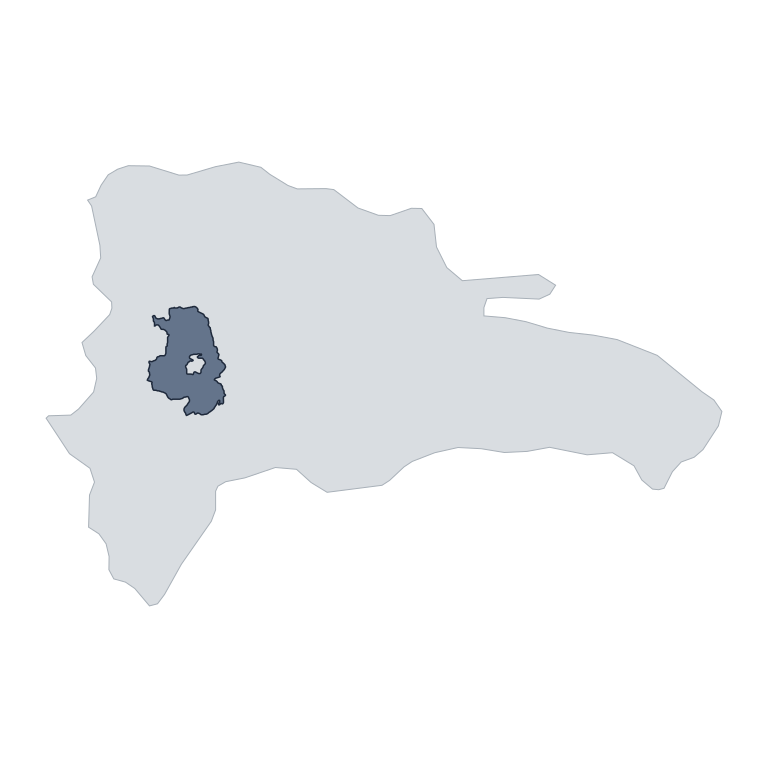 San Juan de la Maguana, San Juan, Dominican Republic (highlighted)
{"feature_id": "3306468B55528819950271", "entity_name": "San Juan de la Maguana", "entity_type": "district", "adm_level": 2, "iso_a3": "DOM", "parent_name": "Dominican Republic", "parent_adm1": "San Juan", "projection": "albers", "projection_center": [-71.221, 18.893], "detail": "fine", "context": "in_parent", "style": "filled", "palette": "slate", "viewbox_px": 768, "rotation_deg": 0, "n_neighbors": 0, "source": "geoboundaries", "source_scale": "gbopen_adm2", "svg_char_len": 7515}
<svg xmlns="http://www.w3.org/2000/svg" viewBox="0 0 768 768"><path d="M88.6,527.2L89.5,495.1L94.5,482.1L90.0,468.3L69.5,453.7L57.1,434.8L46.1,418.2L48.6,415.8L70.8,415.1L78.6,409.0L93.6,392.0L96.7,378.4L95.5,368.0L85.8,355.6L82.0,342.5L94.0,331.2L109.7,314.6L111.9,308.2L111.6,301.9L93.4,284.3L92.1,276.8L100.7,257.9L99.9,245.3L91.6,206.0L87.6,200.1L95.7,196.8L101.1,185.2L108.2,174.8L117.6,169.2L128.3,165.7L149.5,166.0L178.9,175.1L187.2,175.0L215.4,166.7L238.8,162.1L260.9,167.3L269.8,174.3L288.0,185.5L297.2,188.9L325.9,188.6L333.8,189.6L358.0,208.0L378.4,215.3L390.2,215.6L411.3,208.3L421.8,208.5L434.0,224.4L436.5,247.0L446.8,267.6L462.3,280.7L538.5,274.5L555.6,285.2L549.8,294.2L539.1,299.1L502.9,297.4L487.0,298.6L483.9,307.6L483.9,315.9L505.2,317.7L526.0,321.7L547.3,328.1L568.9,332.4L593.2,335.1L617.2,339.6L657.3,355.4L702.0,391.8L713.9,400.0L721.9,411.5L718.4,425.9L703.0,449.6L694.2,457.2L681.2,462.0L672.4,471.7L664.0,488.3L658.7,489.7L652.5,489.1L641.8,480.0L634.0,465.8L612.5,452.7L587.1,454.8L549.6,447.3L527.1,451.4L504.4,452.5L481.2,448.7L458.0,447.5L434.8,452.7L412.3,461.4L404.0,466.9L389.6,480.4L382.0,485.3L327.1,492.3L311.2,482.6L296.5,469.3L275.4,467.5L244.8,477.9L225.7,481.7L217.9,486.2L215.6,491.2L215.6,509.9L211.3,521.3L181.4,564.2L164.5,594.5L157.5,603.8L149.5,605.9L134.8,588.5L125.4,582.1L113.8,578.9L108.9,569.7L109.1,556.5L106.1,543.8L98.9,533.8L88.6,527.2Z" fill="#d9dde1" stroke="#a8b0b8" stroke-width="1"/><path d="M223.4,397.7L223.6,396.9L223.7,396.6L224.0,396.4L224.7,396.1L225.1,395.7L225.3,395.5L225.5,395.1L225.3,394.7L224.4,393.8L224.1,393.3L224.0,390.9L223.8,390.5L223.1,389.6L222.8,388.6L222.5,387.9L222.4,387.4L222.4,386.3L222.3,386.1L222.2,386.0L221.6,385.7L221.4,385.5L221.2,384.5L221.1,384.2L220.3,383.7L219.1,383.4L218.0,382.8L217.6,382.5L217.2,381.7L216.7,381.2L216.3,380.9L214.7,380.1L214.4,379.9L214.4,379.7L214.5,379.3L214.6,379.1L215.3,378.5L215.7,378.2L216.8,377.9L217.6,377.6L218.5,377.4L219.2,377.1L219.8,376.9L220.0,376.8L220.1,376.6L220.1,376.4L219.7,375.7L219.6,375.2L219.7,374.5L219.8,374.1L220.1,373.7L221.0,372.8L222.2,371.9L222.8,371.1L224.3,369.5L225.5,367.2L225.5,366.6L225.2,365.8L225.0,365.1L224.9,364.7L223.4,363.2L222.0,362.0L221.9,361.7L221.7,360.9L221.6,360.6L220.8,360.1L219.7,359.6L218.6,359.3L218.3,359.1L218.1,358.8L218.0,358.4L218.0,358.0L218.4,357.0L218.6,355.7L218.9,355.0L218.9,354.5L218.6,353.9L217.3,352.6L217.0,352.2L217.0,351.7L217.4,350.7L217.4,349.5L217.3,349.0L216.7,347.6L216.3,347.1L216.1,346.8L214.9,346.6L214.4,346.4L213.9,345.9L213.6,345.4L213.6,344.7L213.6,341.8L213.5,341.3L213.1,340.4L213.0,338.1L212.1,336.2L211.8,335.2L211.5,334.4L211.3,333.1L210.9,332.1L210.8,330.4L210.4,329.4L210.2,327.7L209.4,327.1L209.0,326.3L208.4,325.6L208.2,325.2L208.2,324.7L208.6,323.7L208.6,322.1L208.5,321.5L208.2,320.7L208.1,319.1L207.9,318.5L207.5,318.2L205.8,317.4L205.0,316.9L204.4,316.0L204.1,315.2L203.5,314.3L202.6,313.8L198.7,311.9L197.9,311.4L197.8,311.2L197.7,310.9L198.0,309.7L197.5,308.5L196.6,307.6L196.0,307.1L195.0,306.6L194.4,306.5L193.1,306.6L192.6,306.7L192.5,306.9L192.3,307.0L190.8,307.1L189.7,307.5L188.2,307.6L187.0,308.0L185.4,308.2L184.5,308.5L184.0,308.6L183.1,308.6L182.3,308.2L181.5,308.0L180.3,307.1L179.8,307.0L179.1,307.0L177.5,307.9L177.2,308.0L174.7,308.0L174.2,307.5L173.6,308.0L171.6,308.1L170.8,308.4L169.9,308.6L169.5,308.9L169.4,309.1L169.3,309.6L169.2,313.3L169.3,314.2L169.7,315.3L170.1,316.8L169.7,318.3L169.4,319.0L169.2,319.7L169.1,319.9L168.8,320.0L167.4,320.1L166.5,320.5L166.0,320.5L165.5,320.2L164.9,319.6L164.6,319.1L164.0,318.1L163.7,317.9L163.4,317.8L162.7,317.9L161.8,318.3L160.7,318.4L159.6,318.8L158.4,318.9L157.4,318.8L156.3,318.3L155.9,318.0L155.7,317.7L154.9,316.1L154.6,315.7L154.2,315.6L153.7,315.6L153.1,315.9L152.5,316.7L153.3,318.5L153.4,319.1L153.4,320.6L153.5,321.2L153.7,321.5L154.2,322.0L154.4,322.5L154.5,323.2L154.5,326.0L155.0,326.0L155.8,325.2L156.4,324.9L157.7,324.9L158.1,325.0L158.5,325.2L159.2,326.0L159.6,326.6L160.3,327.6L160.7,328.4L161.2,329.2L161.7,329.3L163.6,329.4L165.1,330.2L166.3,331.4L166.9,332.1L167.0,332.6L167.1,333.8L167.2,334.1L167.6,334.3L168.6,334.4L168.9,334.7L169.0,334.9L169.0,335.2L168.6,336.0L167.9,336.9L167.6,337.4L167.6,338.1L167.6,342.4L167.5,342.9L167.2,343.7L167.1,344.1L167.1,344.6L167.3,345.1L167.3,345.4L167.0,346.2L166.2,346.5L166.0,346.9L165.9,347.6L165.9,353.1L165.8,353.6L165.3,354.7L164.9,355.4L164.6,355.6L164.1,355.8L160.9,355.7L160.0,355.8L158.8,356.6L157.7,356.8L157.3,357.0L156.8,357.8L156.6,358.8L156.4,359.2L155.7,359.9L155.1,360.4L153.9,360.7L152.1,361.6L151.0,361.6L149.8,361.2L149.3,361.3L149.0,361.8L149.0,362.6L149.9,364.3L149.9,364.8L149.6,365.7L149.4,367.1L149.1,367.8L148.8,368.8L148.5,369.5L148.4,370.7L148.5,371.3L149.2,371.9L149.4,372.3L149.6,374.0L149.8,374.9L149.5,375.8L149.1,376.6L148.8,377.5L147.9,378.7L147.3,380.1L148.4,380.8L149.4,381.0L150.2,381.4L151.2,381.6L152.0,382.2L152.1,382.6L151.8,383.3L151.7,383.8L151.8,384.2L152.1,385.1L152.3,387.2L152.7,388.2L152.9,389.1L153.5,390.1L154.2,390.2L156.1,390.3L157.4,390.8L159.2,390.9L159.9,391.3L160.9,391.5L161.7,391.9L163.1,392.1L165.3,393.2L165.9,393.6L166.3,394.1L167.7,396.9L168.1,397.5L169.0,398.4L169.8,398.8L170.7,399.5L171.1,399.7L171.8,399.7L172.5,399.3L173.2,399.2L179.9,399.2L180.8,398.8L181.9,398.6L182.9,398.1L183.8,397.3L184.2,397.2L185.9,397.0L186.8,396.6L187.2,396.6L187.7,396.6L188.0,396.8L188.3,397.1L189.4,399.5L189.5,400.4L189.4,401.3L189.3,401.7L188.6,402.5L188.2,403.2L187.5,404.2L187.1,405.0L184.7,407.4L184.1,408.7L184.0,409.2L184.0,410.1L184.1,410.8L184.7,412.0L185.5,413.0L185.8,414.1L186.4,415.4L187.4,415.1L191.6,412.9L192.8,412.1L193.3,412.0L193.8,412.1L194.1,412.3L194.4,412.7L194.6,413.7L194.8,413.9L195.3,414.2L196.0,414.1L197.1,413.3L197.5,413.1L198.0,413.1L198.8,413.2L199.9,413.8L200.9,414.6L201.7,414.8L203.3,414.7L204.6,414.3L205.9,414.2L206.6,414.1L207.8,413.5L209.1,412.3L209.9,411.9L210.8,411.2L211.7,410.6L213.3,409.2L214.0,408.6L214.4,407.5L215.1,406.7L215.5,405.9L216.3,404.9L216.8,403.8L217.3,402.8L217.5,401.8L217.7,401.5L218.3,400.8L218.9,400.3L219.2,400.3L219.5,400.4L219.7,400.8L219.7,401.4L219.6,402.2L218.8,403.1L218.6,403.5L218.5,404.4L218.7,404.8L219.0,404.9L219.4,404.8L220.0,404.4L220.4,403.7L220.8,403.5L221.3,403.5L221.9,403.8L222.3,403.9L222.8,403.7L223.3,403.0L223.5,402.4L223.4,397.7ZM199.8,354.1L200.3,354.2L200.9,354.0L201.2,354.0L201.5,354.4L201.5,354.9L201.3,355.2L200.8,355.4L199.2,355.4L198.9,355.5L198.6,355.7L198.1,356.3L197.6,356.6L197.4,356.8L197.4,357.2L197.6,357.5L198.2,358.0L198.7,358.2L201.9,358.2L202.3,358.2L202.7,358.4L203.0,358.7L203.5,359.6L204.7,360.9L205.2,362.0L205.4,362.9L205.4,363.3L205.2,363.8L203.4,365.7L203.3,366.1L203.1,366.9L202.5,368.0L201.4,369.3L201.1,369.8L201.0,370.3L201.0,372.2L200.9,372.5L200.5,373.1L200.3,373.4L200.0,373.5L199.3,373.6L198.6,373.5L197.2,372.9L195.6,372.0L195.2,371.9L194.9,371.9L194.3,372.0L194.0,372.3L193.5,373.4L193.3,374.2L193.0,374.5L192.4,374.5L191.6,374.2L191.1,374.1L187.7,374.1L187.0,373.9L186.8,373.6L186.7,373.2L186.7,369.5L186.6,369.0L185.7,367.2L185.6,366.4L185.7,365.6L185.9,365.3L186.5,365.1L186.7,364.9L187.2,364.2L188.0,362.5L188.4,362.1L189.2,361.8L189.7,361.3L190.1,361.0L190.7,360.9L191.8,361.2L192.7,360.8L193.0,360.6L193.1,360.4L193.0,360.1L192.8,359.9L190.2,358.6L189.7,358.3L189.5,357.8L189.5,357.3L189.5,356.6L189.7,356.2L190.4,355.5L191.1,355.0L191.4,354.9L192.6,354.7L193.6,354.3L196.7,354.3L197.1,354.2L197.9,353.8L198.5,353.8L199.2,353.8L199.8,354.1Z" fill="#64748b" stroke="#1e293b" stroke-width="1.5"/></svg>